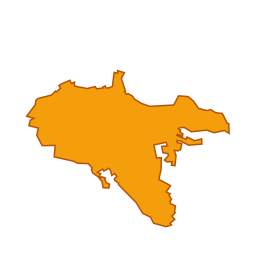 outline of Crasna, Salaj, Romania, rotated 215°
{"feature_id": "2599482B62155795885644", "entity_name": "Crasna", "entity_type": "district", "adm_level": 2, "iso_a3": "ROU", "parent_name": "Romania", "parent_adm1": "Salaj", "projection": "albers", "projection_center": [22.821, 47.154], "detail": "medium", "context": "isolated", "style": "filled", "palette": "amber", "viewbox_px": 256, "rotation_deg": 215, "n_neighbors": 0, "source": "geoboundaries", "source_scale": "gbopen_adm2", "svg_char_len": 1839}
<svg xmlns="http://www.w3.org/2000/svg" viewBox="0 0 256 256"><g transform="rotate(215 128 128)"><path d="M59.1,194.0L65.0,190.8L70.7,190.5L73.6,187.4L81.4,184.5L89.9,187.6L96.8,188.2L105.0,183.4L103.8,173.0L122.6,158.2L131.3,155.8L139.7,155.4L142.6,156.7L147.8,156.2L148.5,154.9L151.4,155.6L151.3,156.8L161.9,164.8L162.7,171.2L169.4,169.0L167.9,166.9L171.2,165.6L164.6,153.1L166.7,149.8L169.2,148.1L170.8,149.4L172.1,147.1L171.5,146.4L176.1,142.1L178.7,143.1L184.0,137.0L195.1,131.9L197.0,132.7L198.1,134.9L199.9,132.1L203.0,133.7L207.7,126.1L209.0,123.1L206.0,121.9L207.5,116.4L208.5,116.7L209.6,111.1L218.8,100.3L219.3,97.8L217.3,93.5L217.8,79.5L210.8,81.9L212.5,78.3L210.5,73.1L201.4,76.5L198.5,69.7L188.1,64.3L177.7,72.0L171.9,62.0L153.0,69.8L149.5,70.0L140.1,76.0L134.2,74.7L134.2,72.9L130.9,70.9L124.3,70.9L118.5,69.2L114.2,64.8L109.3,67.8L110.8,71.4L114.1,70.7L117.8,72.7L117.8,74.0L121.4,73.0L121.9,71.7L123.8,72.4L124.1,74.9L127.6,74.2L125.2,79.8L123.1,78.9L120.7,84.0L118.3,83.4L114.1,79.8L112.8,83.0L109.4,81.9L110.0,78.7L108.9,77.4L104.2,77.5L103.2,76.2L78.2,71.5L66.9,66.5L58.6,67.9L52.4,64.7L40.3,69.0L36.7,73.5L38.9,74.2L37.3,80.0L41.4,81.0L40.8,85.8L41.7,85.9L44.5,91.4L49.6,90.4L51.5,92.0L51.4,94.5L56.0,96.6L55.7,98.4L60.0,97.5L60.1,105.2L73.2,103.6L77.2,113.1L83.7,122.8L87.4,119.8L97.1,129.0L88.6,138.1L85.3,136.1L89.8,132.3L85.3,127.8L80.6,129.9L79.1,128.7L79.8,122.6L76.9,122.5L72.6,125.6L71.1,122.4L67.9,124.0L72.9,133.1L77.3,136.1L73.8,138.1L72.5,140.5L75.0,146.2L79.3,144.2L80.8,145.8L76.8,147.7L68.6,148.6L58.3,157.2L61.4,161.3L66.2,155.8L74.5,154.5L74.0,152.1L83.7,149.9L83.9,151.3L78.7,152.6L79.7,154.6L83.6,154.8L83.7,156.5L86.3,156.2L85.6,158.2L82.1,160.7L73.9,161.3L62.2,171.5L54.9,173.4L47.6,181.2L42.1,181.6L48.0,189.4L49.2,188.8L59.1,194.0Z" fill="#f59e0b" stroke="#b45309" stroke-width="1.5"/></g></svg>